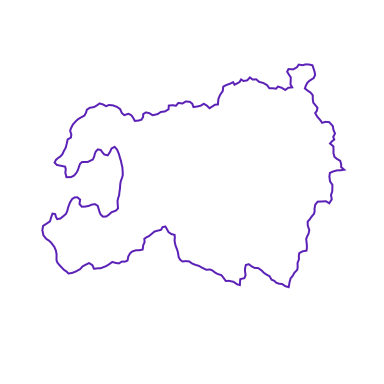 Nepomuceno, Minas Gerais, Brazil (Mercator projection), rotated 261°
{"feature_id": "56859067B35796848931723", "entity_name": "Nepomuceno", "entity_type": "district", "adm_level": 2, "iso_a3": "BRA", "parent_name": "Brazil", "parent_adm1": "Minas Gerais", "projection": "mercator", "projection_center": [-45.258, -21.211], "detail": "fine", "context": "isolated", "style": "outline", "palette": "violet", "viewbox_px": 384, "rotation_deg": 261, "n_neighbors": 0, "source": "geoboundaries", "source_scale": "gbopen_adm2", "svg_char_len": 4524}
<svg xmlns="http://www.w3.org/2000/svg" viewBox="0 0 384 384"><g transform="rotate(261 192 192)"><path d="M130.8,60.9L131.7,64.9L133.3,69.4L135.7,72.4L136.8,75.6L137.9,79.2L135.3,82.2L131.5,83.2L131.4,86.6L131.0,90.0L131.6,92.6L132.2,95.5L133.7,99.1L135.4,102.3L133.9,105.5L132.9,108.6L134.2,111.8L133.7,115.0L134.4,117.6L138.3,119.0L141.2,121.3L142.6,123.7L143.2,127.5L142.7,131.5L142.9,134.3L147.1,135.5L149.8,137.3L153.2,137.6L154.4,139.9L155.1,142.5L157.0,145.7L158.8,148.7L159.2,152.0L159.4,155.4L161.9,157.4L162.1,160.3L159.8,161.2L156.1,162.5L153.7,165.0L152.4,168.1L149.6,167.9L147.0,167.2L144.0,167.2L141.4,167.4L138.3,168.1L135.3,168.6L129.4,168.7L126.7,169.9L124.9,171.7L124.7,175.0L123.9,178.3L121.3,181.0L119.6,183.8L118.0,187.2L115.5,190.3L112.9,194.1L112.7,197.6L111.2,200.0L108.8,202.2L107.1,204.4L105.2,208.1L101.5,210.1L98.9,211.4L98.4,214.8L96.8,219.0L93.7,222.2L92.6,224.7L95.4,225.3L98.4,226.1L98.7,230.2L101.4,231.9L106.2,232.0L108.7,232.6L111.5,233.8L111.8,236.8L109.1,239.4L107.2,242.0L106.5,245.5L103.7,248.4L100.9,250.4L98.9,252.5L96.7,255.4L92.9,256.9L91.4,259.4L89.2,261.0L87.8,263.6L87.0,266.7L84.4,269.4L82.9,272.6L87.8,274.3L91.3,275.9L93.4,278.3L96.2,280.5L98.7,283.8L101.2,284.6L105.3,285.1L108.8,287.1L112.1,287.5L114.9,288.4L116.1,292.0L116.2,295.9L118.6,296.7L121.3,297.1L124.8,297.3L127.7,297.4L130.3,298.9L132.4,300.5L136.0,301.9L140.8,301.1L144.6,301.6L146.5,303.9L149.0,306.3L151.3,309.0L153.6,310.1L156.4,310.4L160.3,311.8L162.8,314.6L162.3,318.9L161.9,322.9L159.4,325.8L162.9,328.9L167.4,328.8L170.3,330.5L173.2,331.1L177.1,331.8L180.9,330.0L185.8,330.1L189.3,331.2L190.2,334.6L190.7,338.8L190.2,342.1L190.2,345.8L193.3,343.2L196.4,343.7L199.7,343.2L202.1,340.2L204.5,338.2L208.1,337.8L211.8,338.4L215.0,338.8L218.3,335.9L220.0,337.9L221.5,340.7L224.3,340.1L227.4,342.4L231.5,341.4L235.0,341.4L239.5,338.5L240.4,334.9L240.0,331.3L242.8,330.0L247.0,327.4L250.7,326.0L252.6,328.0L255.6,329.1L258.5,327.4L261.2,325.8L264.7,325.8L268.7,326.4L271.7,324.6L273.6,322.5L276.6,319.7L279.1,321.0L281.7,322.9L283.4,325.2L285.5,330.0L288.3,331.9L291.3,331.9L294.6,331.4L298.3,330.8L299.7,327.3L300.3,324.0L299.9,321.3L301.1,317.4L298.7,315.0L297.3,311.2L298.3,306.5L295.9,304.8L292.3,306.3L289.8,307.5L286.6,306.9L283.0,306.1L279.7,307.3L279.9,303.4L278.2,300.1L280.9,296.9L282.7,293.4L280.9,291.2L281.7,288.5L282.4,284.6L285.9,282.8L288.6,279.4L290.2,275.6L293.2,273.1L293.6,269.5L296.1,267.1L293.6,264.0L293.6,260.2L295.5,258.1L293.2,256.2L292.1,253.3L291.3,250.8L294.0,249.8L293.0,246.5L292.3,242.6L291.2,239.4L286.8,238.1L284.3,235.6L282.1,234.0L279.4,232.5L274.4,231.3L274.6,228.4L273.3,225.4L272.0,222.4L275.2,220.0L277.3,217.4L275.9,214.1L275.6,210.7L275.7,206.7L279.1,206.1L281.4,204.0L282.4,200.0L280.9,196.4L282.1,192.5L279.7,189.6L280.7,186.6L281.0,182.6L277.4,181.8L275.8,178.0L275.9,173.7L274.3,170.2L274.0,165.1L276.6,162.1L277.8,158.9L276.6,156.0L273.6,155.4L271.3,153.3L270.9,150.2L271.2,146.6L274.7,145.4L277.4,144.0L279.2,141.5L278.5,137.1L281.1,135.0L285.1,134.0L287.8,131.2L290.0,127.3L290.9,123.6L290.2,120.5L292.3,118.0L293.9,114.6L292.1,110.9L291.2,108.4L291.2,104.3L289.7,101.0L287.0,99.8L284.3,97.7L283.0,94.0L281.7,90.7L279.9,88.1L277.3,84.9L274.0,82.5L271.5,81.2L267.6,81.8L264.7,80.9L263.4,77.4L259.2,75.8L255.4,74.1L252.6,71.9L249.6,69.9L247.7,67.6L246.6,65.2L245.0,62.6L242.5,60.9L239.8,62.8L238.4,66.7L236.9,70.6L234.3,70.9L230.8,69.9L226.3,70.3L225.6,74.8L226.8,78.3L229.1,80.9L231.8,82.9L235.0,84.5L237.3,85.8L238.8,88.0L238.4,90.9L238.0,93.8L238.8,96.4L239.6,99.1L242.0,100.8L244.7,101.9L246.9,103.2L248.8,105.6L247.8,108.4L245.0,109.8L242.7,111.3L241.4,114.5L244.3,117.2L247.6,119.4L248.7,122.6L245.7,124.6L243.2,125.2L240.7,125.8L236.9,126.2L233.8,126.7L230.5,126.8L227.3,127.1L222.5,126.7L219.3,126.2L216.8,125.0L213.7,123.3L210.7,122.3L206.7,121.4L202.9,120.2L200.2,119.5L197.5,118.1L194.7,117.0L190.3,116.6L187.3,116.3L185.5,113.9L184.6,109.3L182.5,106.2L181.2,103.4L181.6,100.1L184.4,98.1L187.1,97.5L189.7,97.2L193.1,96.7L195.2,94.2L195.2,90.9L194.4,87.8L194.3,84.2L194.7,80.9L197.7,79.0L202.0,80.3L204.7,77.9L205.0,75.1L203.8,72.5L200.8,69.9L197.9,68.2L195.6,67.0L192.9,65.9L190.1,64.1L188.3,61.2L186.4,57.9L186.3,54.6L188.9,53.7L191.6,53.4L192.5,50.8L188.9,48.9L185.2,47.1L183.3,43.0L181.8,39.6L177.6,38.2L172.3,38.5L168.3,40.9L166.4,43.1L164.1,44.9L161.7,46.2L159.1,47.5L155.5,48.4L151.7,48.5L148.2,47.9L145.7,47.5L143.1,48.1L140.8,49.5L137.8,51.5L135.1,53.4L133.1,55.6L130.8,57.3L130.8,60.9Z" fill="none" stroke="#5b21b6" stroke-width="2"/></g></svg>